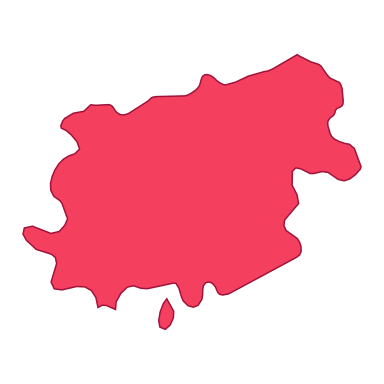 an SVG outline of Benevento
{"feature_id": "ITA-5398", "entity_name": "Benevento", "entity_type": "Province", "adm_level": 1, "iso_a3": "ITA", "parent_name": "Italy", "parent_adm1": "", "projection": "natural_earth1", "projection_center": [14.764, 41.227], "detail": "fine", "context": "isolated", "style": "filled", "palette": "rose", "viewbox_px": 384, "rotation_deg": 0, "n_neighbors": 0, "source": "natural_earth", "source_scale": "10m", "svg_char_len": 2212}
<svg xmlns="http://www.w3.org/2000/svg" viewBox="0 0 384 384"><path d="M50.9,233.4L59.2,231.5L64.7,225.4L67.6,218.9L62.0,203.4L60.0,200.7L53.9,196.4L50.8,190.4L50.5,183.5L52.2,176.4L54.9,170.0L58.8,163.9L63.4,159.2L68.8,155.9L74.7,153.8L79.6,149.0L77.0,141.7L71.0,134.6L66.1,130.5L61.3,128.1L60.8,125.8L62.6,121.2L64.7,118.4L73.4,113.2L83.8,111.3L90.7,104.8L95.9,105.3L108.7,104.6L111.0,105.3L112.7,106.7L115.7,111.3L116.9,112.6L118.4,113.6L120.2,114.5L122.4,115.0L125.4,114.6L128.7,113.4L148.1,101.0L151.4,97.8L153.1,97.1L156.1,96.6L184.7,95.9L187.6,95.1L190.7,93.6L195.8,90.0L198.1,87.6L199.6,85.3L201.3,79.2L202.1,77.3L203.1,75.9L204.7,74.8L206.9,74.5L210.3,75.4L212.3,76.6L214.0,77.9L216.6,80.5L219.6,82.7L223.0,84.4L225.1,85.0L235.7,82.1L248.3,76.1L264.6,71.5L267.9,71.0L272.2,69.2L297.3,54.6L299.3,56.0L310.7,61.8L318.8,64.4L321.0,66.1L326.4,73.9L328.4,76.4L330.4,78.3L339.5,82.5L340.9,84.9L342.1,88.6L343.2,100.7L343.0,103.9L342.2,105.6L340.8,106.8L337.3,108.3L336.0,109.5L335.2,111.1L334.9,112.9L334.1,114.6L333.0,115.8L331.5,116.8L330.1,118.0L328.9,119.6L327.9,121.3L327.7,123.7L328.1,126.6L330.2,133.7L331.7,136.4L333.8,138.6L338.6,141.3L344.7,143.4L349.5,144.3L354.4,148.6L361.0,166.5L360.2,169.3L355.3,174.8L349.7,179.0L344.1,180.8L338.1,179.4L328.1,172.4L322.2,171.6L313.2,173.6L310.1,173.5L300.6,168.8L295.7,167.9L292.4,171.4L292.1,185.2L297.0,194.7L298.6,203.5L284.7,219.9L283.9,225.4L286.0,230.4L297.1,238.4L299.5,241.9L301.0,246.5L301.1,251.6L299.6,254.9L296.7,257.2L228.6,293.9L222.8,295.0L219.5,294.3L217.9,292.6L215.4,287.0L213.5,284.4L211.1,282.6L208.4,282.0L205.6,282.8L203.3,286.0L202.7,290.3L202.6,295.0L201.9,299.3L198.2,305.2L193.4,307.2L188.2,305.8L183.5,301.3L181.7,297.6L178.9,288.2L175.9,283.3L173.4,283.1L147.4,288.7L141.1,288.3L133.5,285.8L127.4,287.1L120.9,293.4L116.1,301.9L115.5,309.5L106.5,305.5L102.3,305.2L98.0,307.5L95.9,297.5L91.4,290.6L84.9,286.9L76.7,286.5L61.9,289.9L54.2,288.8L51.1,282.0L56.6,263.6L55.4,257.6L51.6,254.3L36.2,249.4L26.4,240.3L23.0,234.1L24.3,228.0L32.4,226.2L50.9,233.4ZM166.8,298.8L173.7,311.3L173.4,317.7L170.2,325.0L165.3,329.4L159.9,327.1L158.7,320.7L160.2,311.8L163.4,303.5L166.8,298.8Z" fill="#f43f5e" stroke="#9f1239" stroke-width="1.5"/></svg>